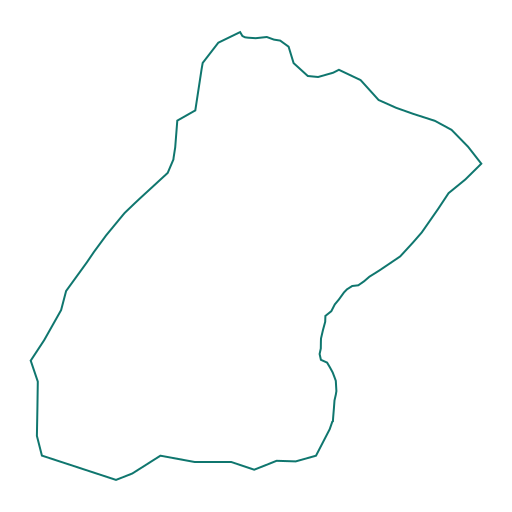 Tandjile Ouest, Tandjilé, Chad (Robinson projection)
{"feature_id": "50815135B85738495348243", "entity_name": "Tandjile Ouest", "entity_type": "district", "adm_level": 2, "iso_a3": "TCD", "parent_name": "Chad", "parent_adm1": "Tandjilé", "projection": "robinson", "projection_center": [15.838, 9.374], "detail": "fine", "context": "isolated", "style": "outline", "palette": "teal", "viewbox_px": 512, "rotation_deg": 0, "n_neighbors": 0, "source": "geoboundaries", "source_scale": "gbopen_adm2", "svg_char_len": 1319}
<svg xmlns="http://www.w3.org/2000/svg" viewBox="0 0 512 512"><path d="M116.0,479.9L132.3,473.5L160.4,455.7L194.7,462.0L231.2,462.0L254.2,469.7L276.6,460.8L295.7,461.4L316.0,455.7L329.7,429.2L332.3,421.7L332.9,421.3L333.1,418.2L333.4,414.5L333.9,408.5L334.5,400.4L335.8,394.7L336.4,391.1L335.8,380.8L334.3,376.7L332.7,372.5L330.1,367.7L327.1,362.6L320.9,359.8L319.6,354.0L320.8,348.5L320.9,341.6L321.0,338.5L323.0,329.9L325.2,321.8L325.4,315.9L331.3,311.2L334.8,304.4L338.8,299.6L344.0,292.4L347.0,289.3L352.2,286.0L358.3,285.3L364.3,281.1L369.4,276.7L379.3,270.5L385.1,266.6L400.2,256.4L412.8,242.7L421.7,232.5L438.0,209.1L448.6,193.1L465.3,179.5L481.3,163.7L468.1,146.8L451.6,129.9L435.0,120.9L413.3,113.9L396.1,107.8L378.6,100.0L360.6,80.1L338.9,69.8L333.2,72.7L318.1,77.0L312.9,76.5L307.8,76.0L295.8,65.1L293.6,63.1L288.6,46.7L280.2,40.6L273.9,39.6L266.8,37.0L255.7,38.2L248.2,37.7L245.0,37.3L242.4,36.0L240.1,32.1L218.3,42.7L202.7,62.9L202.3,65.1L201.6,69.1L195.3,110.4L177.3,120.6L175.2,147.4L173.6,157.7L173.4,159.5L167.7,172.9L141.9,196.6L139.4,198.9L137.5,200.7L134.4,203.6L124.8,212.8L123.0,214.9L106.1,235.4L101.7,241.4L94.1,251.7L86.9,262.3L66.1,291.0L61.1,310.1L44.2,340.1L30.8,360.5L30.7,360.6L37.8,381.6L37.4,408.4L36.9,435.9L41.9,455.6L116.0,479.9Z" fill="none" stroke="#0f766e" stroke-width="2"/></svg>